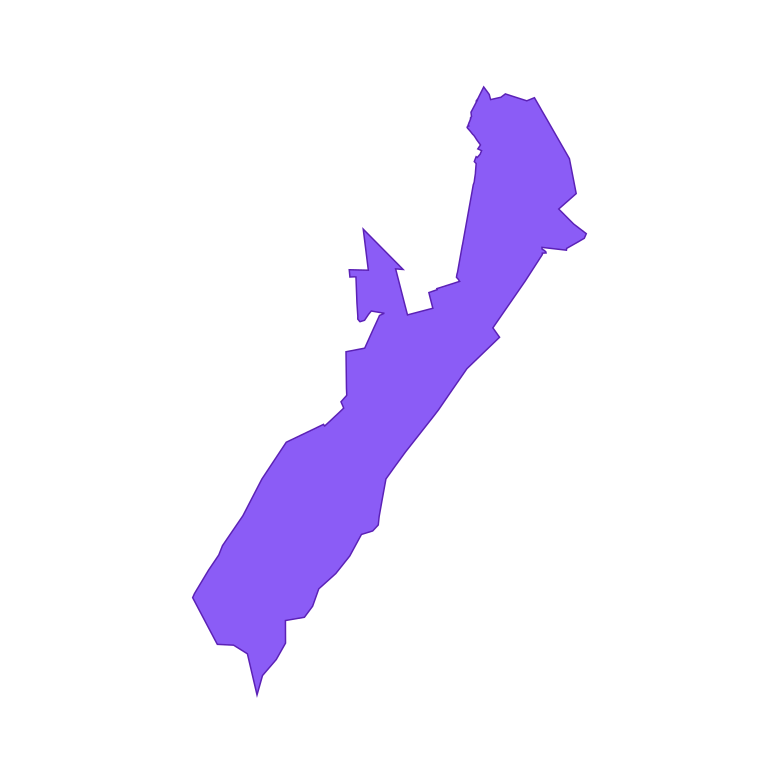 outline of Nadadores, Coahuila, Mexico, rotated 243°
{"feature_id": "50627088B48851178167120", "entity_name": "Nadadores", "entity_type": "district", "adm_level": 2, "iso_a3": "MEX", "parent_name": "Mexico", "parent_adm1": "Coahuila", "projection": "albers", "projection_center": [-101.682, 27.231], "detail": "fine", "context": "isolated", "style": "filled", "palette": "violet", "viewbox_px": 768, "rotation_deg": 243, "n_neighbors": 0, "source": "geoboundaries", "source_scale": "gbopen_adm2", "svg_char_len": 2547}
<svg xmlns="http://www.w3.org/2000/svg" viewBox="0 0 768 768"><g transform="rotate(243 384 384)"><path d="M164.6,129.7L179.4,143.4L187.4,162.9L197.8,178.6L218.0,188.8L212.3,207.2L218.4,219.5L231.1,232.9L237.0,255.0L246.3,275.4L260.2,295.6L258.2,307.2L261.0,314.9L268.1,319.5L282.5,330.4L296.0,340.7L298.5,342.6L305.6,356.3L313.7,372.3L320.3,386.6L333.1,414.3L336.3,421.0L347.9,442.3L359.5,463.9L360.0,464.8L373.2,508.2L376.3,507.7L384.6,506.5L411.8,556.9L412.1,557.4L427.5,583.9L428.7,584.4L427.2,587.9L428.4,588.2L430.4,587.4L431.6,586.6L432.2,586.2L432.5,586.1L434.0,586.8L420.4,607.3L421.9,608.3L422.6,623.5L422.7,624.6L422.7,625.2L422.9,628.6L426.1,632.5L440.5,625.6L447.0,623.5L460.6,619.1L466.4,641.7L500.6,651.5L537.1,649.7L547.4,649.2L556.4,648.7L559.3,648.6L570.8,648.0L571.5,639.8L583.3,627.9L583.8,627.4L587.4,623.8L587.3,623.4L586.5,618.9L586.4,618.2L586.7,617.3L588.9,608.5L589.0,608.1L591.4,608.6L594.1,609.2L595.1,609.1L603.4,607.7L599.5,602.4L595.8,597.4L594.6,595.2L594.4,595.8L587.7,586.4L586.7,584.9L583.5,583.7L582.7,583.5L581.8,581.8L581.7,581.7L581.3,581.8L581.2,581.8L580.9,581.5L580.5,581.0L580.1,580.6L579.7,580.2L579.3,579.7L578.9,579.2L578.5,578.8L578.2,578.3L577.7,577.9L577.3,577.4L576.9,577.0L576.6,576.6L576.4,576.4L575.5,576.7L575.6,575.3L574.8,574.5L574.6,574.5L572.8,574.9L571.0,575.4L566.2,576.4L564.9,576.9L562.7,577.2L559.4,577.5L554.5,578.3L553.2,578.5L550.9,574.3L547.6,576.9L545.5,574.4L545.1,574.0L544.6,572.7L543.5,569.9L544.7,569.3L541.2,565.4L538.6,566.2L531.8,562.0L529.9,560.9L525.7,557.9L522.9,556.0L520.8,553.8L520.5,553.6L515.3,549.7L472.2,517.0L472.1,516.8L471.8,516.6L450.0,500.1L448.9,499.0L446.2,497.0L445.1,497.3L444.2,497.6L443.0,497.8L442.3,497.8L441.1,498.0L444.9,475.0L445.0,474.4L443.9,474.3L445.1,465.5L440.5,464.4L433.3,462.8L429.3,461.9L430.1,458.4L434.9,436.3L446.8,438.9L478.5,446.0L481.3,446.6L479.7,449.3L479.5,449.5L477.4,453.0L531.4,435.8L492.5,421.7L501.6,404.9L494.8,402.2L493.0,406.2L492.1,407.6L468.3,396.6L456.4,391.5L453.7,390.1L452.8,390.3L452.4,390.4L451.7,390.6L451.1,390.6L450.4,390.9L449.6,395.6L453.1,401.9L454.8,405.8L447.2,416.0L446.9,415.8L447.1,411.1L446.5,410.4L443.3,406.4L440.6,403.0L438.5,400.3L424.7,383.1L430.0,364.8L397.2,348.6L391.1,345.8L390.8,345.6L387.7,337.6L382.6,337.3L380.8,337.1L378.8,330.5L373.5,312.1L373.7,311.9L375.5,311.8L376.5,270.5L354.8,232.1L330.7,198.5L313.3,166.7L306.7,159.2L297.9,143.3L283.4,120.1L280.5,116.5L232.5,117.2L227.7,117.3L219.6,131.4L205.6,139.8L164.6,129.7Z" fill="#8b5cf6" stroke="#5b21b6" stroke-width="1.5"/></g></svg>